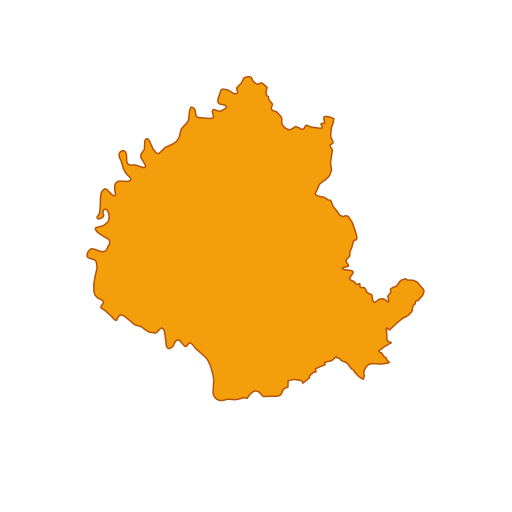 the district of Lang Giang, Bắc Giang, Vietnam, rotated 318°
{"feature_id": "81297802B94506734482800", "entity_name": "Lang Giang", "entity_type": "district", "adm_level": 2, "iso_a3": "VNM", "parent_name": "Vietnam", "parent_adm1": "Bắc Giang", "projection": "mercator", "projection_center": [106.283, 21.368], "detail": "fine", "context": "isolated", "style": "filled", "palette": "amber", "viewbox_px": 512, "rotation_deg": 318, "n_neighbors": 0, "source": "geoboundaries", "source_scale": "gbopen_adm2", "svg_char_len": 6154}
<svg xmlns="http://www.w3.org/2000/svg" viewBox="0 0 512 512"><g transform="rotate(318 256 256)"><path d="M253.3,419.4L256.2,417.6L257.4,415.5L259.8,413.5L263.5,412.1L267.3,412.0L270.2,413.6L276.7,420.0L281.3,423.2L283.8,424.2L283.8,421.2L284.5,418.5L283.8,415.3L284.5,412.7L284.3,411.7L283.5,410.4L283.6,408.7L290.1,409.2L298.5,410.9L298.6,410.6L297.3,409.1L297.1,406.0L300.9,401.6L304.0,397.4L304.6,397.0L305.1,396.9L305.4,399.2L305.8,400.2L306.5,400.3L314.1,400.1L319.8,400.2L324.5,400.7L325.9,401.1L325.9,401.4L330.2,402.0L333.4,401.8L335.7,401.1L338.6,398.5L340.2,398.0L342.2,398.1L344.2,396.5L344.9,396.5L346.8,397.6L353.6,396.7L357.3,394.6L358.2,392.5L358.0,389.7L358.4,383.5L357.2,380.5L355.6,378.1L352.7,375.6L351.7,372.8L347.6,371.1L346.1,371.1L343.2,371.8L339.8,372.3L336.5,370.9L333.9,370.6L333.3,371.1L331.9,373.3L328.5,373.7L327.3,374.0L326.6,374.5L325.9,376.2L324.2,378.5L323.6,378.7L322.9,376.6L322.9,375.1L321.7,372.7L318.6,370.5L314.3,370.2L313.3,369.9L312.8,368.7L312.8,367.8L313.7,365.9L316.0,362.6L315.7,361.1L315.0,360.0L314.5,358.7L314.3,356.8L315.2,353.7L315.3,352.2L314.7,351.2L312.8,349.7L312.6,349.0L313.0,348.0L314.5,346.3L314.3,345.7L312.9,345.2L312.0,344.6L311.6,343.5L311.8,341.6L311.6,340.0L310.9,339.0L310.2,337.0L310.5,335.1L316.6,333.6L317.4,332.9L317.6,331.8L317.4,331.0L312.1,324.7L311.9,324.2L312.0,322.8L313.3,323.0L317.7,325.4L318.7,324.4L319.0,321.2L319.6,320.0L320.4,319.3L325.3,318.8L326.7,317.8L328.4,315.9L332.3,314.1L338.5,310.2L339.8,310.1L340.8,310.9L342.1,310.9L343.9,309.0L346.2,304.5L349.9,295.8L351.0,289.3L350.8,287.7L349.5,286.0L347.3,285.2L346.0,282.9L345.6,281.6L346.3,275.5L346.4,271.4L346.9,269.4L348.5,265.6L348.5,264.3L347.1,262.6L345.8,257.6L343.4,254.8L342.2,252.7L341.4,250.6L341.6,249.5L342.2,249.0L345.8,247.7L351.0,245.2L354.4,245.2L358.0,245.8L361.7,245.8L364.9,245.3L369.7,242.6L372.8,237.8L374.3,236.0L382.9,229.1L384.1,227.4L384.3,224.8L384.9,223.5L385.3,223.1L385.8,223.1L388.4,223.6L389.3,223.1L390.1,221.4L391.0,217.9L393.3,215.2L397.9,211.1L401.7,209.1L405.8,206.1L403.7,201.8L401.0,198.7L399.8,198.2L398.7,198.7L396.2,202.8L395.4,202.9L393.6,201.6L392.7,201.4L392.2,202.0L391.7,204.4L391.0,204.9L390.3,204.9L388.8,203.6L383.3,197.1L381.2,192.7L379.9,192.4L376.6,193.5L375.6,193.1L374.8,192.3L373.1,188.1L371.9,186.2L371.2,186.0L368.7,185.8L366.2,185.0L364.9,184.1L364.0,182.4L363.3,179.7L363.4,176.0L364.4,174.1L367.2,171.1L367.9,168.4L367.8,163.1L367.5,162.0L365.8,159.3L365.7,157.4L366.6,156.0L369.3,154.7L369.9,154.0L370.0,149.2L370.4,148.0L371.8,145.9L371.4,144.4L371.8,142.3L372.9,141.1L376.7,138.4L377.2,137.7L376.2,131.4L375.5,130.7L373.9,130.3L372.4,129.5L371.4,128.1L371.0,126.2L370.9,123.9L371.7,121.1L371.8,119.7L371.1,118.3L369.9,117.4L367.5,116.0L366.1,115.6L360.9,117.7L354.5,118.1L353.5,118.9L351.9,122.1L351.4,122.4L350.3,122.3L349.4,121.8L348.0,120.1L346.8,115.4L345.3,112.5L342.8,109.6L341.1,109.2L332.2,114.3L330.8,115.9L330.5,117.3L330.7,118.7L334.2,123.7L334.1,124.7L333.4,125.7L331.4,125.8L326.4,124.6L324.7,122.7L322.9,119.3L322.4,118.7L321.7,118.6L320.8,118.8L320.2,119.4L317.6,124.1L316.9,124.5L316.0,124.5L314.6,123.7L313.0,122.2L306.3,115.1L305.5,113.8L305.2,112.6L305.5,111.2L307.9,107.8L308.7,105.4L308.3,103.2L307.7,102.2L307.1,102.0L304.3,103.2L296.5,110.1L292.9,110.9L286.3,111.4L285.2,111.8L281.6,114.1L278.7,116.2L275.1,117.4L272.1,117.6L268.7,117.0L261.0,114.5L254.4,114.9L252.7,114.8L251.8,114.5L251.1,113.6L250.8,111.5L251.1,107.4L253.5,100.1L254.0,97.7L253.9,96.5L253.2,95.7L252.3,95.4L250.2,96.2L244.4,102.1L238.6,103.5L237.0,104.9L236.3,106.0L234.6,114.5L233.4,115.8L232.6,115.8L231.4,114.8L227.1,107.5L223.6,104.5L222.6,102.8L222.5,101.2L223.1,99.7L223.7,98.6L227.6,94.0L228.4,92.1L228.6,90.6L228.3,89.3L226.8,88.1L224.9,87.8L223.3,88.2L222.2,88.8L220.4,91.4L219.7,94.4L216.2,101.9L215.1,105.1L214.7,107.6L214.9,113.6L214.3,115.2L213.8,115.5L212.2,115.6L210.5,114.7L205.4,109.6L203.1,108.0L200.5,108.0L198.7,108.8L195.8,111.5L193.1,115.7L192.4,116.4L191.6,116.7L191.0,116.5L190.5,115.8L190.0,114.1L189.6,107.0L189.3,105.9L188.4,104.8L185.8,104.7L183.4,105.4L179.6,108.5L173.5,114.8L168.2,119.7L164.0,120.7L163.3,121.7L163.3,122.5L164.3,123.5L166.7,124.5L168.6,124.6L169.9,124.0L171.9,120.5L173.9,119.8L175.5,120.5L175.9,121.4L176.0,122.8L175.1,125.7L172.9,128.8L170.7,130.7L168.8,131.6L164.3,131.5L162.1,131.0L156.4,128.0L155.2,127.9L154.4,128.8L154.1,131.8L154.8,135.8L157.6,144.8L157.5,146.1L157.0,147.4L155.1,149.1L152.5,149.8L148.9,151.6L146.3,151.2L144.2,149.5L139.9,142.0L138.8,140.7L136.9,140.1L133.0,140.8L130.9,142.5L130.1,143.7L130.1,144.6L130.4,145.6L133.6,151.0L133.6,151.9L133.2,153.8L130.8,157.4L128.5,159.6L124.2,162.4L117.2,167.9L113.8,171.5L111.8,174.0L110.6,176.3L110.2,178.3L110.3,181.6L111.7,184.5L112.1,187.0L112.0,187.9L111.2,188.7L107.8,189.5L106.7,190.0L106.3,190.4L106.2,191.5L107.3,195.3L108.2,203.9L108.2,208.3L108.5,209.5L109.2,210.4L113.7,208.9L115.2,208.8L116.0,209.2L117.8,211.9L119.2,220.6L119.4,223.8L120.3,226.8L123.4,231.6L124.7,238.3L126.1,241.7L128.2,243.9L129.2,245.7L130.7,246.2L132.2,246.3L134.8,246.0L137.2,246.1L138.2,247.0L138.0,249.8L135.3,254.2L129.2,262.8L128.8,265.0L129.0,266.2L130.1,267.1L132.7,267.6L134.3,267.3L138.9,265.6L141.4,265.7L142.7,267.2L142.6,274.4L142.8,275.7L143.9,276.6L147.3,275.9L148.4,276.1L149.4,277.3L149.6,280.8L149.2,284.1L150.6,295.7L150.7,299.5L150.2,302.2L148.4,307.8L144.4,315.7L141.5,320.0L132.7,328.7L131.4,330.7L130.8,333.6L131.0,336.4L132.0,338.4L133.5,340.3L135.4,341.6L138.0,342.8L139.9,344.2L144.1,348.6L146.7,350.4L152.4,353.3L154.1,355.8L159.1,354.8L163.7,355.0L165.1,355.7L167.1,358.4L167.5,365.5L174.1,370.8L176.4,373.3L179.7,375.3L181.1,375.6L182.2,375.5L186.7,373.7L188.0,373.5L189.8,373.8L191.6,374.8L192.2,374.6L196.3,370.3L199.4,371.7L202.1,373.6L206.0,378.5L206.4,380.3L205.9,381.9L214.2,382.3L215.3,381.0L220.7,380.9L222.8,382.2L223.4,381.8L224.1,380.3L224.8,379.7L230.6,381.5L234.0,382.9L234.7,382.9L235.7,380.9L241.8,384.2L243.9,384.6L248.3,384.3L248.2,386.3L249.5,388.0L249.4,390.8L251.5,394.9L252.1,397.3L251.4,404.0L252.3,405.7L251.6,407.5L251.7,413.5L252.5,417.5L253.3,419.4Z" fill="#f59e0b" stroke="#b45309" stroke-width="1.5"/></g></svg>